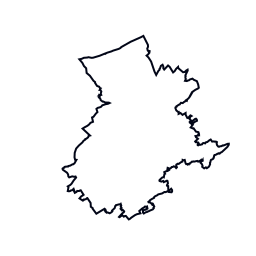 outline of Re nor, Vestfold, Norway, rotated 62°
{"feature_id": "86288312B25066460859021", "entity_name": "Re nor", "entity_type": "district", "adm_level": 2, "iso_a3": "NOR", "parent_name": "Norway", "parent_adm1": "Vestfold", "projection": "mercator", "projection_center": [10.283, 59.393], "detail": "fine", "context": "isolated", "style": "outline", "palette": "ink", "viewbox_px": 256, "rotation_deg": 62, "n_neighbors": 0, "source": "geoboundaries", "source_scale": "gbopen_adm2", "svg_char_len": 5821}
<svg xmlns="http://www.w3.org/2000/svg" viewBox="0 0 256 256"><g transform="rotate(62 128 128)"><path d="M44.5,138.7L49.2,137.7L52.6,137.8L55.6,136.9L60.0,138.7L64.0,137.1L70.2,136.3L72.0,135.5L72.7,135.9L76.3,135.6L78.0,134.1L79.6,134.0L80.1,133.6L80.3,134.2L81.2,134.4L80.9,134.8L81.1,135.1L81.4,134.6L83.2,134.4L85.1,136.1L86.2,136.1L86.0,137.2L85.3,137.9L85.8,138.2L85.9,138.8L86.7,138.1L87.2,138.4L87.5,139.3L88.9,138.7L90.6,139.0L92.8,138.0L93.0,137.4L94.8,136.1L96.6,133.0L97.3,132.5L97.2,134.4L96.5,136.5L95.9,140.1L96.6,141.7L96.5,143.2L96.0,145.3L96.3,146.9L99.6,147.5L100.2,149.6L101.9,153.2L101.8,154.8L106.1,156.0L105.8,158.7L106.6,160.6L107.0,162.8L107.0,165.8L107.2,168.4L116.8,165.1L116.5,166.5L117.5,167.6L117.9,169.8L117.7,170.9L118.2,171.3L118.4,173.3L119.3,175.0L120.4,179.6L121.8,183.4L124.9,186.7L128.8,189.0L131.2,189.6L131.9,188.5L134.1,191.9L134.3,193.6L134.0,194.1L134.1,196.7L133.6,198.4L133.6,199.0L133.8,199.1L132.7,201.6L132.6,202.4L133.1,202.8L133.0,204.6L133.3,205.0L134.3,205.1L138.9,202.8L140.9,202.7L142.8,203.4L144.0,203.1L144.5,200.0L145.8,198.4L146.2,197.1L147.4,197.1L148.8,200.6L150.7,204.0L151.2,205.7L151.3,208.6L152.4,208.4L155.4,210.8L156.2,209.8L156.5,208.5L156.3,208.0L156.7,206.6L156.2,204.6L158.3,204.9L158.1,205.3L160.3,205.4L160.3,203.5L159.7,202.4L160.7,200.8L160.6,200.0L160.8,199.0L165.9,198.6L165.8,199.0L166.3,199.4L166.4,201.5L167.4,203.9L170.5,202.2L170.4,201.3L170.9,201.4L170.7,199.8L171.1,198.7L170.7,197.0L170.8,196.8L176.6,196.2L180.1,197.8L182.2,196.8L182.8,197.1L188.8,196.2L188.3,186.6L188.9,186.4L190.1,187.2L190.4,187.0L190.3,186.4L191.3,186.6L191.5,187.1L192.8,186.6L192.9,185.7L194.7,184.2L194.6,182.0L194.2,180.9L193.4,180.8L192.5,177.4L190.9,175.9L190.8,175.0L190.5,174.8L191.3,171.4L192.0,170.9L191.7,170.1L193.4,170.4L194.1,171.4L195.5,171.2L195.9,172.5L197.9,172.0L197.8,171.1L199.8,170.5L200.4,171.2L200.6,172.8L202.3,177.7L202.7,177.5L202.7,176.6L202.4,175.7L202.5,175.0L202.2,174.6L202.5,173.9L204.3,173.3L204.2,172.3L204.6,171.2L209.1,170.2L209.1,168.9L208.7,167.2L208.2,162.6L208.3,160.6L209.2,157.1L206.6,157.0L206.1,154.9L206.2,154.3L205.8,153.8L205.6,150.5L205.3,150.0L206.0,148.7L206.6,148.6L206.5,148.1L208.2,148.6L208.0,149.6L208.5,149.8L208.5,150.5L207.6,153.4L209.8,154.5L210.9,154.2L210.7,152.1L211.1,150.6L211.0,149.8L211.2,149.0L211.2,147.5L211.5,144.3L210.9,142.9L210.3,142.9L209.7,141.7L206.5,141.6L205.9,142.4L205.9,142.8L204.3,143.3L203.3,144.7L202.8,144.7L202.4,142.8L202.1,142.5L201.9,140.4L201.9,137.8L201.4,137.6L201.0,136.2L201.1,133.6L200.8,132.5L201.8,128.6L201.6,125.9L202.3,124.9L202.4,122.8L203.6,122.1L205.2,119.7L204.8,118.9L203.5,118.2L201.9,118.4L202.5,120.5L202.1,121.7L198.1,119.8L197.4,120.6L196.8,120.5L195.6,118.7L193.3,118.0L192.8,118.3L192.6,121.8L191.3,121.8L191.0,123.7L189.6,125.0L189.1,124.9L188.7,124.5L187.8,121.1L188.0,119.5L188.2,119.4L185.8,117.5L185.8,116.7L184.0,116.7L184.0,115.1L184.5,113.3L184.4,111.4L183.6,111.3L183.2,112.8L181.8,111.7L183.6,110.1L183.5,109.0L183.0,107.8L183.4,106.9L183.3,105.6L184.5,104.6L186.0,104.3L185.7,103.3L183.7,103.0L183.0,102.5L182.9,100.8L183.5,100.1L183.1,97.5L183.2,95.7L181.9,94.8L182.4,94.5L182.8,92.9L186.1,93.7L187.2,93.6L187.7,92.5L188.0,92.5L187.9,92.2L188.3,91.8L188.0,91.7L188.5,90.6L188.2,90.5L188.1,88.7L187.7,87.4L188.1,86.9L188.1,86.1L188.7,85.5L189.6,82.3L190.6,81.9L190.6,80.8L191.0,80.9L191.3,80.5L190.9,78.9L190.7,78.7L191.0,78.3L190.8,78.1L191.7,77.8L191.3,77.1L192.0,77.4L191.9,78.2L191.5,78.6L191.6,78.9L192.9,80.2L194.6,79.7L196.3,79.9L197.1,80.7L199.4,79.7L199.3,77.7L200.5,77.3L200.2,74.9L199.8,74.2L198.5,72.5L197.2,72.0L197.0,71.5L195.4,70.1L195.1,69.6L195.3,68.0L195.0,66.8L194.6,66.7L193.5,65.0L194.0,65.9L192.6,64.7L192.5,64.2L192.8,63.4L192.9,61.8L192.7,61.5L192.9,59.8L193.5,59.6L193.6,58.8L193.2,58.0L193.3,56.5L191.4,49.2L190.1,46.9L189.2,46.4L188.7,47.6L188.4,51.2L187.9,52.4L188.1,52.6L187.8,53.4L187.9,54.1L187.4,55.2L187.3,56.5L186.6,57.1L184.8,57.4L183.2,57.0L182.2,56.1L181.2,56.8L181.0,57.6L180.2,58.4L179.5,60.1L177.0,60.4L177.0,61.8L177.6,64.6L177.3,65.4L177.2,66.3L177.8,67.0L176.6,68.6L176.7,69.5L177.2,70.2L176.7,72.3L176.1,72.8L176.3,74.1L175.9,74.5L175.4,74.3L175.1,72.8L174.0,72.8L174.0,73.4L172.9,73.8L172.3,74.9L171.4,75.0L170.4,71.3L168.0,72.3L166.8,72.2L167.8,68.9L166.7,68.9L166.8,68.2L166.2,68.0L164.7,67.8L163.1,69.7L159.1,70.2L159.1,70.7L157.0,72.4L155.6,69.4L155.2,69.7L154.3,68.3L153.9,65.7L154.0,63.7L152.8,63.3L151.7,63.6L151.5,64.5L152.0,67.4L153.5,70.3L152.4,70.8L152.1,70.1L151.5,70.4L150.9,68.8L148.5,69.5L148.7,69.0L148.4,68.8L147.9,69.0L147.2,67.2L147.2,66.3L146.4,66.7L146.3,66.1L146.2,67.1L147.2,69.8L147.0,70.9L143.4,70.9L141.8,70.1L142.0,73.7L139.4,74.6L139.3,76.7L137.6,75.7L137.4,76.2L135.1,77.1L132.6,76.8L132.1,76.4L132.0,75.1L131.6,75.0L131.3,72.1L131.5,71.4L130.6,69.4L131.7,68.0L131.3,66.3L131.4,65.5L130.8,64.2L131.7,63.4L131.2,62.9L130.7,63.1L130.3,60.9L129.4,58.8L127.6,55.9L127.6,56.4L126.4,54.6L125.9,50.5L126.0,47.7L125.7,46.6L122.4,45.6L119.0,45.2L116.3,47.3L114.7,47.9L114.2,50.6L114.5,51.8L114.2,52.8L114.2,54.0L113.1,55.5L111.9,53.9L111.2,53.9L109.8,53.4L109.3,52.7L108.4,52.6L105.3,48.3L104.5,48.0L104.6,49.7L105.2,51.6L104.6,53.2L98.8,55.5L97.6,55.1L98.4,57.8L99.7,60.1L100.1,62.1L93.6,62.5L91.6,63.3L93.4,68.6L91.9,68.8L90.2,67.9L88.4,67.8L88.6,69.8L90.6,72.0L90.6,72.4L91.4,72.9L91.8,74.3L94.4,78.2L90.6,78.1L80.2,76.4L75.4,76.8L72.8,77.6L72.5,75.9L71.7,74.0L71.2,74.0L71.0,73.3L70.2,72.8L69.6,73.5L69.6,74.0L68.8,74.2L66.9,73.7L65.7,72.2L64.0,71.4L53.9,71.2L53.9,73.9L53.1,85.2L53.3,92.8L53.4,96.0L53.8,97.1L53.8,99.0L52.7,104.8L52.6,106.6L51.7,111.3L51.8,113.1L51.5,113.1L50.9,119.1L49.5,126.0L48.8,127.4L46.9,129.7L46.7,130.8L45.3,134.0L45.2,136.4L44.5,138.7ZM208.2,142.4L207.3,142.6L207.1,142.4L208.2,142.4Z" fill="none" stroke="#020617" stroke-width="2"/></g></svg>